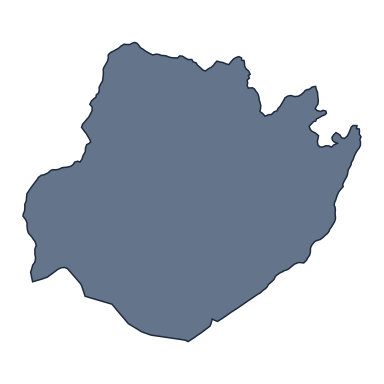 Itaporã, Mato Grosso do Sul, Brazil
{"feature_id": "56859067B98177520560726", "entity_name": "Itaporã", "entity_type": "district", "adm_level": 2, "iso_a3": "BRA", "parent_name": "Brazil", "parent_adm1": "Mato Grosso do Sul", "projection": "orthographic", "projection_center": [-54.839, -22.004], "detail": "fine", "context": "isolated", "style": "filled", "palette": "slate", "viewbox_px": 384, "rotation_deg": 0, "n_neighbors": 0, "source": "geoboundaries", "source_scale": "gbopen_adm2", "svg_char_len": 4092}
<svg xmlns="http://www.w3.org/2000/svg" viewBox="0 0 384 384"><path d="M359.5,131.6L359.3,129.0L356.5,128.6L357.0,125.6L353.1,125.5L351.2,127.2L350.3,129.5L349.1,132.5L347.6,135.6L346.1,137.1L344.5,138.4L341.6,137.8L340.1,135.2L338.1,133.8L336.0,132.6L333.8,134.7L332.0,137.3L332.3,139.8L333.8,141.7L337.3,143.3L333.8,144.9L331.5,147.1L328.5,145.8L325.6,145.8L322.7,147.0L320.0,146.9L317.9,145.0L317.4,141.5L317.9,139.1L318.5,135.7L315.7,133.2L312.0,131.3L310.4,129.6L309.1,126.3L311.6,123.7L313.5,121.6L315.8,121.0L316.4,118.9L318.5,118.0L322.3,115.8L324.7,114.9L326.4,113.4L325.9,111.1L323.1,110.3L320.4,111.5L317.1,110.5L315.2,108.7L316.2,106.6L317.9,104.1L318.3,100.9L318.1,98.8L317.8,95.9L317.5,92.3L316.3,89.5L315.6,86.4L312.1,87.0L309.7,89.1L307.1,89.6L305.2,90.5L303.5,92.6L301.2,94.6L298.3,96.2L294.7,96.6L290.9,95.5L288.0,96.0L285.1,97.7L283.3,101.0L281.5,104.0L280.1,106.4L278.3,108.1L276.9,110.8L274.0,111.9L271.6,114.4L268.4,114.8L265.0,116.2L262.6,113.4L259.9,111.5L260.5,109.0L260.8,105.8L260.0,102.4L259.2,100.1L259.0,97.7L258.3,95.0L257.1,92.7L255.7,91.0L254.5,89.0L252.5,87.8L248.2,88.0L247.1,85.4L247.7,83.1L247.1,80.1L249.4,78.2L248.4,75.5L250.2,74.4L248.8,71.3L245.9,68.6L244.6,65.9L244.5,63.3L244.0,60.4L241.8,60.4L241.5,57.9L238.8,56.6L236.5,57.3L233.6,58.9L230.8,62.0L228.9,64.6L226.0,63.8L222.9,62.5L220.0,62.0L216.9,61.1L214.8,63.4L213.5,65.3L211.3,67.2L208.0,69.0L205.4,71.0L203.2,70.2L201.4,68.6L199.3,66.7L197.6,65.3L196.1,62.8L193.1,61.9L191.9,59.5L187.9,59.5L185.0,57.8L182.5,56.2L179.7,55.9L177.6,57.9L175.2,57.9L171.9,57.7L169.2,57.1L166.5,56.0L164.4,55.6L161.3,55.4L159.1,54.5L156.4,54.1L152.6,54.9L149.3,53.2L145.8,51.3L143.0,49.2L140.6,47.8L138.8,45.3L136.9,43.2L134.9,42.4L132.2,43.2L129.9,44.5L126.2,44.5L124.1,44.2L121.1,46.0L118.3,48.5L115.8,49.7L113.1,51.3L110.6,52.4L108.2,54.9L108.3,58.2L107.2,61.8L105.2,65.2L104.1,67.0L103.2,69.2L103.4,73.2L103.0,77.3L102.6,80.9L100.6,84.2L99.1,87.3L99.2,90.9L98.2,93.5L96.4,94.6L95.9,97.2L94.1,98.5L91.5,100.9L89.8,104.3L92.1,107.0L92.1,110.7L90.5,113.8L88.9,116.9L86.6,119.5L84.4,122.2L82.7,124.1L81.5,127.3L84.5,131.4L86.4,133.7L87.7,136.1L89.5,139.0L90.7,142.0L88.8,143.6L86.7,144.6L85.5,147.9L85.2,151.9L83.1,155.5L81.9,159.3L80.0,162.0L77.6,161.2L74.7,162.1L73.1,164.5L71.2,166.1L67.0,167.2L63.9,167.4L61.6,167.9L58.7,169.3L55.7,169.8L52.6,169.7L50.7,170.5L47.8,173.0L44.4,174.6L41.2,175.3L38.4,177.4L36.8,180.0L34.1,183.5L31.6,186.8L29.3,190.2L27.0,193.6L26.5,197.2L26.3,200.7L24.8,204.3L24.8,207.7L24.6,210.8L23.3,213.9L23.0,216.2L25.7,219.7L27.1,223.2L27.0,225.8L27.4,229.9L28.4,233.1L31.9,237.1L33.1,239.0L34.9,241.3L35.7,243.4L36.2,245.5L34.9,248.9L34.9,251.4L34.9,254.6L35.5,257.1L35.4,259.4L34.8,262.3L32.7,265.1L31.7,268.9L30.6,272.2L32.6,281.8L41.8,279.1L47.4,277.1L51.9,273.8L57.8,269.4L61.3,267.7L64.7,267.5L67.3,268.5L70.7,272.3L73.2,275.2L78.4,281.2L80.6,283.7L81.7,286.0L83.8,292.2L85.1,296.3L112.0,304.2L114.8,307.5L117.2,310.5L128.4,323.7L141.7,331.8L149.2,334.5L151.5,335.2L159.2,336.3L161.3,336.6L180.2,339.4L185.3,340.2L188.1,341.6L194.7,337.3L197.1,335.5L201.6,332.5L210.0,326.1L211.0,323.7L212.2,319.0L214.6,320.3L217.5,321.4L222.2,318.5L231.0,312.3L237.1,308.4L246.1,302.2L257.8,294.2L260.3,292.9L263.2,290.2L265.7,288.5L267.3,286.6L268.3,284.6L270.9,282.4L273.8,279.7L275.2,276.9L276.5,275.3L278.3,274.1L279.9,272.9L282.7,271.6L284.7,270.5L286.8,269.9L288.6,269.0L290.6,267.3L294.4,264.2L298.3,262.6L300.7,262.6L303.7,263.0L306.5,260.2L308.0,257.3L309.5,255.4L310.4,252.2L310.5,248.0L311.9,244.9L314.5,241.9L316.3,240.7L320.2,239.5L322.6,237.8L325.3,235.2L327.5,233.4L329.1,231.2L329.9,228.9L331.3,227.3L333.1,224.2L334.6,221.7L335.5,218.6L335.4,216.3L335.1,213.4L335.4,210.0L335.1,207.3L334.2,205.3L334.5,202.7L335.7,200.1L336.8,196.5L337.9,193.7L339.1,191.4L341.0,189.1L343.2,186.5L342.7,184.4L344.0,181.5L345.9,178.2L347.1,175.9L347.7,173.2L348.2,169.9L349.7,167.5L351.1,164.7L351.5,162.2L353.0,159.9L354.0,156.9L355.4,153.6L357.5,150.2L359.0,148.3L360.4,145.5L360.5,141.9L359.8,139.8L361.0,136.8L359.2,134.0L359.5,131.6Z" fill="#64748b" stroke="#1e293b" stroke-width="1.5"/></svg>